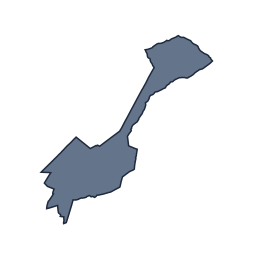 the district of Voitinel, Suceava, Romania, rotated 167°
{"feature_id": "2599482B77271409041849", "entity_name": "Voitinel", "entity_type": "district", "adm_level": 2, "iso_a3": "ROU", "parent_name": "Romania", "parent_adm1": "Suceava", "projection": "natural_earth1", "projection_center": [25.73, 47.865], "detail": "fine", "context": "isolated", "style": "filled", "palette": "slate", "viewbox_px": 256, "rotation_deg": 167, "n_neighbors": 0, "source": "geoboundaries", "source_scale": "gbopen_adm2", "svg_char_len": 4768}
<svg xmlns="http://www.w3.org/2000/svg" viewBox="0 0 256 256"><g transform="rotate(167 128 128)"><path d="M93.7,200.4L93.4,198.7L93.1,197.5L92.8,196.6L92.7,195.9L92.9,193.8L92.9,192.9L92.7,192.3L92.3,191.7L91.7,191.1L91.1,190.5L90.9,190.2L90.9,189.7L91.1,189.2L91.2,188.9L91.1,188.4L90.9,187.1L90.8,186.6L90.5,186.1L90.2,185.6L89.8,183.1L88.9,181.0L91.9,177.8L96.9,172.3L100.1,168.3L103.8,164.2L104.4,163.5L105.9,162.0L107.9,159.7L112.4,154.6L117.7,148.5L121.3,144.4L126.4,138.5L129.2,135.4L132.0,132.1L134.9,128.7L135.5,128.3L136.2,127.5L136.6,126.9L140.6,125.1L143.8,123.7L147.0,122.3L151.0,120.5L154.4,119.0L159.7,116.6L159.8,116.6L160.8,117.5L161.5,118.1L162.8,117.7L163.1,118.1L166.2,117.3L169.4,116.5L173.3,121.5L175.3,124.0L177.4,126.7L180.6,130.8L181.0,130.5L183.1,129.3L185.5,127.7L187.8,126.2L191.1,124.4L196.4,120.8L197.7,120.0L198.4,119.5L199.2,118.9L201.8,117.4L202.6,116.8L216.1,108.5L222.6,104.5L222.0,104.3L219.8,103.7L217.0,102.9L216.5,102.8L216.0,102.7L213.3,101.8L215.5,99.7L216.5,98.7L220.3,94.8L221.9,93.1L221.7,92.7L220.2,90.2L219.6,89.2L216.7,87.2L213.8,85.2L215.6,82.3L216.1,80.9L215.8,80.7L215.5,80.5L218.7,77.4L221.4,74.9L222.2,74.5L223.9,71.5L225.0,69.1L225.4,67.7L221.6,67.8L216.6,68.2L214.5,68.4L214.1,68.4L214.3,66.5L214.7,63.1L214.8,61.7L214.8,61.0L214.6,60.6L213.6,59.3L213.2,58.6L213.2,58.3L213.5,57.7L213.9,57.1L210.5,55.8L210.8,55.0L210.9,54.3L211.1,52.6L211.4,51.8L211.8,50.8L212.0,50.4L212.2,50.0L212.2,49.3L209.5,49.7L208.9,50.6L207.7,52.7L206.8,54.2L204.2,58.7L200.7,64.8L198.5,68.8L197.7,70.3L197.4,70.2L196.4,69.9L196.1,69.8L195.2,69.7L194.6,69.6L194.4,69.6L193.6,69.6L193.0,69.6L192.3,69.7L192.0,69.8L191.9,69.9L191.2,70.0L190.1,70.2L189.3,70.3L188.9,70.2L187.9,69.9L187.3,69.9L186.6,69.9L186.1,69.8L185.7,69.9L185.2,69.9L184.8,69.9L184.4,69.9L184.0,70.2L183.6,70.4L183.3,70.5L181.3,70.8L181.0,70.9L180.7,70.9L180.4,70.6L180.1,70.1L179.8,69.7L179.6,69.4L179.4,69.3L179.2,69.2L178.9,69.2L178.3,69.3L178.0,69.4L177.8,69.3L177.3,69.0L177.1,68.8L176.5,68.1L176.1,67.9L175.9,68.0L175.3,68.2L174.3,68.7L173.4,69.5L171.2,69.2L171.1,69.3L169.9,69.2L169.3,69.2L168.7,69.2L167.1,69.2L166.7,69.2L165.1,69.3L160.9,69.5L159.6,69.5L159.3,69.5L155.4,70.6L153.7,71.1L153.1,71.2L152.1,71.5L151.7,71.6L150.4,71.9L149.2,72.3L148.4,73.8L146.9,77.0L145.6,79.4L144.4,81.6L139.9,83.6L136.5,85.1L133.8,85.7L133.5,85.7L132.1,86.0L131.1,86.5L130.2,89.3L129.2,92.0L127.3,96.3L127.1,96.8L127.3,97.6L127.1,97.9L126.9,98.0L126.7,98.1L126.2,99.1L125.5,101.0L123.8,105.2L126.1,106.7L131.4,110.5L130.8,116.1L130.4,120.1L128.0,122.4L125.4,124.6L125.5,126.1L125.2,126.3L124.8,126.6L124.6,126.8L124.3,127.9L123.9,128.4L123.1,129.3L122.2,130.0L119.7,131.1L117.9,131.9L117.4,132.1L116.8,133.0L116.1,133.5L115.7,133.8L115.6,134.6L115.1,135.1L113.2,136.9L111.8,138.1L111.4,138.4L110.5,139.5L109.5,141.0L109.2,141.3L108.2,142.1L107.8,142.6L107.1,143.7L106.3,145.1L105.7,146.1L105.5,146.6L105.5,147.1L105.3,148.6L104.5,149.0L103.6,149.3L102.8,149.7L102.5,149.9L102.1,150.4L101.5,151.1L100.9,151.7L100.8,152.0L100.4,153.0L99.8,153.6L99.5,154.1L99.2,154.4L98.2,154.9L97.5,154.8L96.9,154.9L96.3,155.0L95.7,155.3L94.8,155.9L93.7,156.8L93.1,157.1L92.1,156.9L91.6,156.8L91.0,156.8L90.7,156.9L90.2,157.0L88.1,157.5L87.0,157.7L86.1,158.0L84.9,158.4L83.7,158.5L82.9,158.7L82.7,158.7L82.5,158.8L82.2,159.1L81.9,159.6L81.6,160.0L81.4,160.2L81.0,160.4L80.4,160.8L79.7,161.1L78.5,161.5L77.9,161.8L77.3,162.2L76.6,162.9L75.7,163.4L74.8,163.1L74.3,163.1L74.2,163.1L73.7,163.3L73.0,163.7L72.4,164.1L71.9,164.2L71.0,164.6L69.6,164.9L68.4,165.1L66.5,165.5L65.4,165.2L64.7,165.1L64.1,165.2L63.9,165.1L63.5,164.9L63.0,164.8L61.7,164.5L61.5,164.4L59.8,163.6L59.3,163.4L58.6,163.3L58.2,163.5L57.8,163.7L57.4,163.9L57.2,163.9L56.9,163.9L56.6,163.9L56.2,164.1L55.7,164.3L55.0,164.4L54.4,164.7L52.9,165.2L51.8,165.8L50.8,166.5L49.0,167.3L48.6,167.5L47.1,168.0L45.4,168.7L45.0,168.9L44.9,168.9L44.6,168.8L44.0,168.8L43.2,168.8L42.5,168.8L41.8,169.0L40.6,169.5L33.6,172.5L32.6,173.1L31.6,173.7L30.6,174.3L31.1,175.3L31.3,175.6L31.5,175.9L31.6,176.1L31.8,176.9L31.8,177.3L31.8,177.7L31.9,177.8L32.2,178.1L32.6,178.5L32.9,179.1L33.2,179.5L33.3,179.7L33.2,180.3L33.3,180.4L34.1,181.2L34.4,181.6L35.2,182.2L36.9,183.4L38.0,184.6L38.8,185.5L40.2,187.1L40.5,187.8L41.0,189.2L41.3,190.1L41.4,191.4L41.6,191.9L41.9,192.5L42.2,192.7L43.1,193.7L44.0,194.3L44.8,194.9L45.7,195.8L46.6,197.2L47.2,198.7L47.5,199.1L48.7,200.0L50.6,201.5L53.3,203.8L54.0,204.0L55.0,204.1L56.3,204.7L56.6,205.0L57.6,206.0L58.2,206.7L59.7,206.3L60.5,205.9L61.0,205.8L62.6,205.5L65.3,205.1L68.4,203.9L68.8,203.9L69.9,204.2L70.4,204.7L72.5,203.8L74.4,203.3L76.9,203.1L78.7,203.4L79.4,203.6L80.3,203.5L80.8,203.4L85.4,201.6L86.2,200.8L87.3,200.6L90.8,200.2L93.7,200.4Z" fill="#64748b" stroke="#1e293b" stroke-width="1.5"/></g></svg>